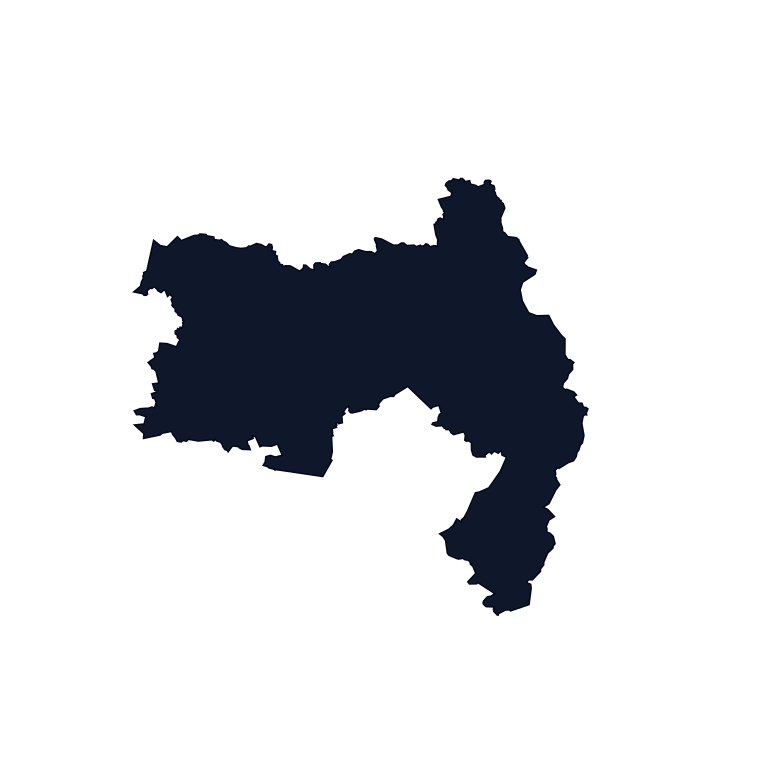 outline of Kinnegad Lea-5, Westmeath, Ireland, rotated 318°
{"feature_id": "5873133B19400646094396", "entity_name": "Kinnegad Lea-5", "entity_type": "district", "adm_level": 2, "iso_a3": "IRL", "parent_name": "Ireland", "parent_adm1": "Westmeath", "projection": "orthographic", "projection_center": [-7.232, 53.592], "detail": "fine", "context": "isolated", "style": "filled", "palette": "ink", "viewbox_px": 768, "rotation_deg": 318, "n_neighbors": 0, "source": "geoboundaries", "source_scale": "gbopen_adm2", "svg_char_len": 6159}
<svg xmlns="http://www.w3.org/2000/svg" viewBox="0 0 768 768"><g transform="rotate(318 384 384)"><path d="M168.8,263.5L183.5,272.1L186.3,272.2L194.4,277.1L193.2,280.1L193.0,284.6L192.0,288.3L194.5,291.4L196.9,291.6L198.8,294.3L201.7,294.3L207.8,302.1L218.7,310.2L219.3,312.5L221.3,311.9L221.6,314.5L223.4,317.5L223.5,319.8L222.2,322.9L221.9,326.4L223.1,328.4L222.8,330.1L229.2,328.8L231.0,329.7L234.0,333.5L233.8,334.6L234.9,337.7L240.7,343.3L242.3,339.2L242.1,338.3L244.2,334.5L250.4,336.9L251.2,334.9L253.3,336.9L249.8,347.6L252.2,348.5L258.8,355.0L264.6,357.3L260.7,368.9L254.4,365.5L251.9,361.1L247.6,358.9L243.4,362.5L239.8,363.6L241.9,367.1L242.5,369.6L245.9,374.7L245.5,375.1L246.8,375.8L276.6,411.8L294.3,405.9L293.8,404.3L300.2,399.8L310.1,387.7L311.7,388.5L312.2,386.3L313.0,386.1L315.6,382.5L319.7,384.4L320.2,382.6L321.5,383.0L321.8,381.3L323.9,381.2L323.7,383.1L327.1,385.0L331.3,379.5L334.8,379.9L335.4,379.7L334.9,377.8L339.4,376.5L342.8,376.7L341.2,379.6L340.0,380.3L339.9,382.7L340.8,384.1L349.1,388.7L352.9,389.6L353.4,391.2L354.7,391.2L361.1,397.8L365.4,397.2L366.1,395.6L367.9,394.9L373.3,394.3L380.5,397.4L382.9,399.7L385.0,399.0L400.0,401.7L402.4,433.9L404.5,433.7L410.5,436.5L407.2,444.0L404.9,443.7L402.0,445.1L398.7,448.1L394.4,445.6L392.7,446.1L394.6,450.3L399.5,454.0L399.1,454.9L399.6,456.0L399.1,457.0L400.0,458.5L399.6,459.4L402.0,461.5L401.2,465.4L401.9,468.3L411.2,472.9L410.2,476.5L406.4,479.8L406.9,481.7L408.8,482.9L409.8,486.0L404.9,491.5L402.6,496.3L403.8,500.0L410.5,506.0L411.2,504.5L415.2,504.6L417.1,505.6L417.1,507.9L420.9,507.6L422.6,511.9L425.7,511.8L426.2,512.5L424.1,515.8L426.0,520.4L412.1,526.7L392.5,531.3L382.6,528.1L379.1,526.0L361.4,534.2L354.2,536.8L350.7,536.7L349.1,538.4L347.8,532.9L341.0,535.3L334.9,535.3L325.1,532.6L325.8,536.7L325.1,541.4L317.8,552.2L317.7,554.9L321.2,562.3L322.4,564.1L326.3,566.6L326.2,568.1L328.8,571.8L328.5,575.8L327.7,575.6L328.0,579.0L325.5,586.1L313.9,587.1L313.7,589.8L319.3,594.6L320.8,594.2L326.0,613.8L321.3,613.2L318.7,611.3L312.7,611.9L311.0,613.1L310.5,614.5L310.9,617.8L316.5,623.2L314.2,625.0L314.8,626.0L313.4,626.4L313.5,631.3L314.2,632.2L315.3,631.3L322.9,633.2L326.1,635.8L326.2,637.3L344.2,645.0L356.8,634.2L359.0,631.0L357.3,627.6L358.1,626.7L360.4,626.2L363.2,628.8L374.8,628.0L376.5,626.2L381.8,625.2L383.2,623.5L392.4,619.2L399.8,619.0L401.3,617.6L404.2,617.2L407.8,610.6L407.6,606.1L405.9,603.1L408.6,600.2L409.0,598.6L415.6,595.5L422.0,596.6L421.8,587.1L420.0,582.1L426.5,583.3L440.7,577.7L447.2,576.6L448.4,569.5L449.2,569.5L449.5,566.8L451.4,565.9L453.0,563.2L452.7,562.8L456.8,562.4L457.9,563.9L468.1,565.7L473.6,567.9L478.3,566.5L481.7,564.0L484.5,563.5L489.0,560.8L491.9,560.6L498.1,556.1L504.8,545.5L510.3,541.3L512.8,541.1L513.9,542.6L515.1,540.8L518.9,539.0L518.5,536.7L516.7,534.6L518.3,530.8L515.8,528.4L515.8,526.9L516.4,520.5L519.7,521.0L519.7,516.9L516.4,510.3L514.6,509.1L514.4,505.9L517.7,503.4L524.0,502.6L527.5,500.2L533.9,499.4L537.4,495.4L539.5,495.1L538.5,490.3L536.9,488.9L538.0,483.3L548.7,471.6L548.4,466.1L549.5,453.4L552.3,443.3L543.2,435.5L539.2,427.9L542.3,415.0L548.2,405.1L555.2,401.1L569.5,403.4L573.5,401.3L569.0,393.2L569.1,391.3L568.5,390.6L568.9,387.3L575.4,386.2L575.3,384.5L576.4,384.5L580.0,368.1L580.7,367.2L580.3,363.9L574.6,357.3L574.9,352.6L574.1,350.1L576.2,347.6L578.6,342.5L581.8,338.7L591.5,334.1L593.4,329.7L592.8,327.9L593.8,325.9L593.1,325.4L593.6,322.4L593.0,321.2L593.6,318.0L594.8,316.2L595.2,313.4L596.6,313.4L598.1,311.1L598.2,310.0L596.3,306.4L599.2,304.9L598.4,302.8L595.5,300.6L593.5,301.2L592.2,303.0L585.7,300.4L585.2,298.0L582.1,293.3L583.7,290.2L580.3,288.2L579.5,286.7L580.0,286.2L579.8,283.9L578.6,282.6L576.3,282.7L572.8,277.8L570.1,278.2L568.1,276.6L564.8,276.3L562.4,277.5L562.5,280.2L561.6,282.8L562.4,286.8L561.4,288.1L559.1,289.3L547.9,283.3L545.2,290.8L544.8,294.2L543.8,295.5L543.8,297.4L541.3,297.5L540.3,299.8L538.1,301.6L536.9,298.4L535.1,297.5L533.4,298.0L533.0,299.2L530.8,298.6L529.7,299.7L528.0,298.9L522.3,308.0L520.6,312.6L516.1,317.1L514.6,317.1L514.9,315.9L513.5,314.4L510.2,313.0L510.0,309.7L509.0,307.8L506.0,307.9L503.9,306.5L504.0,305.2L500.0,303.6L499.2,300.8L493.6,296.4L493.0,292.4L491.2,290.8L487.5,290.2L483.9,287.1L479.2,274.6L475.4,269.4L473.8,269.9L472.1,274.5L473.0,275.1L470.7,276.3L468.3,280.8L464.5,281.2L462.9,277.0L458.8,273.3L455.0,267.2L451.0,265.6L447.3,266.4L445.7,264.3L439.1,262.1L435.2,262.7L428.9,260.1L426.3,258.0L423.5,258.7L422.1,260.7L421.0,259.2L420.7,255.9L417.3,251.9L417.7,251.2L414.0,248.2L411.6,248.6L408.4,252.4L406.1,249.2L405.4,243.4L403.9,241.9L401.5,243.9L396.8,243.7L393.4,233.5L389.7,230.0L388.7,230.4L387.7,227.8L388.3,227.3L386.6,225.5L387.6,223.9L387.2,221.7L390.3,217.3L389.4,215.1L392.0,213.0L389.8,209.8L392.5,207.7L393.7,205.2L392.2,203.0L389.1,203.6L387.6,202.8L386.0,198.2L383.3,194.3L376.8,192.2L375.8,190.9L372.9,190.8L368.4,187.5L365.3,183.9L361.5,177.8L361.3,173.6L359.9,169.7L359.9,168.0L358.0,167.2L354.5,163.1L355.9,160.9L351.5,155.3L351.8,153.7L347.4,149.2L345.9,149.4L342.1,146.5L329.3,141.8L329.1,136.3L314.6,137.0L310.3,131.3L309.0,123.0L283.2,141.4L279.9,140.3L279.2,141.5L276.7,142.7L276.2,144.2L272.0,145.8L268.6,148.4L259.6,148.1L265.1,155.5L265.0,157.5L266.6,159.0L268.3,159.1L270.3,156.2L274.3,156.3L275.4,157.8L278.3,157.9L278.7,161.4L278.3,163.3L279.5,166.9L283.1,166.9L284.0,167.8L281.7,174.1L285.0,174.2L284.8,175.8L285.6,177.8L282.2,178.9L280.9,182.5L279.0,183.7L278.9,186.2L279.5,187.8L277.4,190.4L277.9,193.0L277.1,195.1L278.6,198.5L278.1,200.9L276.9,201.9L277.5,203.5L275.3,203.7L274.5,205.4L271.5,207.1L270.4,205.3L268.6,206.6L267.8,204.7L266.0,205.6L264.3,204.9L262.5,206.9L263.0,209.3L261.6,211.1L262.1,215.1L259.8,215.2L254.6,217.5L249.8,208.8L244.8,203.7L238.6,208.8L235.7,208.7L233.3,207.2L231.5,211.1L223.1,210.2L222.9,215.1L221.9,217.2L222.9,219.0L223.1,221.9L217.3,232.6L212.1,229.0L209.4,235.2L210.5,235.8L209.4,237.8L204.7,235.6L202.6,239.8L203.8,241.6L202.7,244.2L203.0,244.8L197.6,248.2L196.0,245.7L193.1,244.6L186.4,239.2L180.4,236.8L179.5,241.2L181.9,243.2L185.1,248.9L179.0,253.2L171.1,247.4L172.4,260.2L168.8,263.5Z" fill="#0f172a" stroke="#020617" stroke-width="1.5"/></g></svg>